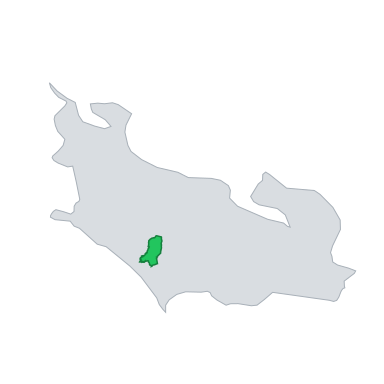 location of Guacimo, Limón, Costa Rica, rotated 168°
{"feature_id": "36466004B32500402146996", "entity_name": "Guacimo", "entity_type": "district", "adm_level": 2, "iso_a3": "CRI", "parent_name": "Costa Rica", "parent_adm1": "Limón", "projection": "orthographic", "projection_center": [-83.609, 10.204], "detail": "fine", "context": "in_parent", "style": "filled", "palette": "green", "viewbox_px": 384, "rotation_deg": 168, "n_neighbors": 0, "source": "geoboundaries", "source_scale": "gbopen_adm2", "svg_char_len": 5763}
<svg xmlns="http://www.w3.org/2000/svg" viewBox="0 0 384 384"><g transform="rotate(168 192 192)"><path d="M335.7,196.8L335.2,198.4L333.7,200.1L331.6,201.9L328.8,203.0L321.9,199.5L315.2,195.6L311.5,197.4L310.2,202.6L307.7,205.3L304.6,206.3L303.3,208.1L303.1,225.6L303.3,242.1L308.4,242.4L316.9,248.1L320.5,251.5L321.7,254.6L320.7,256.2L314.4,259.8L308.4,264.3L305.4,270.0L310.7,279.2L311.8,285.4L311.7,291.9L310.2,295.1L298.5,302.6L295.9,305.2L296.3,307.1L302.7,312.3L305.8,317.3L308.4,323.3L308.8,328.5L302.9,318.8L294.7,309.6L287.6,303.9L287.0,290.6L284.2,283.4L273.5,276.7L264.4,272.1L257.6,273.0L261.8,280.7L272.5,290.5L273.2,294.2L273.1,299.3L265.7,298.5L259.2,296.5L251.2,295.8L246.0,292.8L234.8,281.1L242.7,271.1L245.2,264.5L245.0,250.9L243.2,244.3L234.6,234.2L220.9,223.2L201.7,214.2L192.7,206.9L170.3,201.3L161.8,197.6L155.1,190.7L154.1,185.8L156.5,178.2L150.4,168.6L123.7,149.6L108.9,142.6L105.7,138.5L103.3,137.2L105.5,150.2L112.0,158.1L129.0,165.5L133.7,169.8L135.6,175.4L125.6,186.0L120.6,188.7L119.1,194.5L115.8,196.2L112.4,192.9L98.7,176.1L72.0,168.0L67.2,163.0L57.4,147.7L52.9,133.8L54.6,124.5L65.7,110.1L69.1,103.9L68.5,100.0L68.9,94.3L64.8,90.3L54.7,85.0L48.3,80.8L50.1,78.7L61.7,73.2L62.5,68.2L62.4,66.5L64.3,66.2L66.0,64.8L67.1,63.5L70.3,58.6L73.0,55.9L76.2,55.5L80.1,57.5L94.7,62.8L110.9,68.7L134.0,77.1L143.6,71.8L151.9,67.8L157.6,68.4L170.1,73.2L177.6,74.7L182.2,74.2L190.1,81.2L194.4,86.4L195.1,89.8L197.6,91.7L203.8,92.1L218.9,95.7L228.2,95.0L236.7,91.3L241.3,86.8L242.8,79.8L244.9,83.3L247.4,88.7L248.5,95.7L259.4,119.2L268.1,132.4L287.3,156.3L295.6,160.7L309.6,179.9L314.4,183.1L317.2,188.8L331.7,193.4L335.7,196.8Z" fill="#d9dde1" stroke="#a8b0b8" stroke-width="1"/><path d="M236.3,156.5L236.8,156.1L237.0,155.9L237.2,155.6L237.5,155.4L237.9,155.2L238.0,155.1L238.3,155.0L238.6,155.2L238.8,155.2L239.0,155.1L239.3,155.2L239.6,155.2L239.8,155.2L240.4,155.1L240.5,155.1L240.8,155.2L241.1,155.1L241.6,154.9L241.8,154.8L242.2,154.6L242.4,154.6L242.7,154.5L242.9,154.4L243.0,154.3L243.0,154.2L243.5,153.9L243.8,153.8L243.9,153.7L244.0,153.5L244.4,153.3L244.5,152.9L244.6,152.5L244.6,152.4L244.8,152.0L244.9,151.7L245.1,151.3L245.0,151.0L245.1,150.7L245.1,150.2L245.4,149.6L245.4,149.4L245.6,149.0L245.6,148.7L245.6,148.8L245.7,148.7L245.8,148.3L246.0,148.1L246.1,147.9L245.9,147.9L245.7,147.7L245.6,147.8L245.6,147.7L245.7,147.4L245.6,147.2L245.4,147.1L245.7,146.7L245.8,146.6L245.8,146.4L246.0,146.2L246.3,145.8L246.7,145.6L246.8,145.5L246.8,145.4L247.1,144.8L247.2,144.5L247.3,144.3L247.5,144.1L247.9,143.8L248.0,143.7L248.2,142.9L248.3,142.8L248.4,142.5L248.4,142.4L248.6,142.4L248.8,142.0L249.0,142.3L249.5,142.1L249.7,141.8L249.7,141.7L250.0,141.2L250.3,141.2L250.2,141.0L250.6,140.7L250.9,140.5L251.0,140.4L251.2,140.2L251.3,140.1L251.5,140.0L252.0,139.7L252.3,139.5L252.5,139.8L252.9,139.9L253.0,139.7L253.4,139.8L253.4,139.7L253.6,139.2L253.7,139.3L253.9,139.4L254.1,139.4L254.3,139.3L254.3,139.5L254.6,139.7L254.7,139.2L254.8,139.1L255.1,138.9L255.0,138.7L255.3,138.7L255.5,138.7L255.8,138.5L255.8,138.3L255.8,138.1L256.0,138.0L256.3,138.0L256.3,137.7L256.2,137.6L256.4,137.4L256.5,137.2L256.4,137.0L256.3,136.9L256.6,136.8L256.5,136.5L256.5,136.3L256.6,136.2L256.7,136.3L256.7,136.2L256.5,135.9L256.4,135.8L256.3,136.0L256.1,136.0L256.0,135.8L256.0,135.6L256.0,135.4L256.3,135.2L256.5,135.1L256.7,135.5L256.8,135.4L256.8,135.2L257.0,135.2L257.3,135.0L257.4,134.9L257.5,134.8L257.3,134.7L257.2,134.6L257.3,134.5L257.2,134.5L257.0,134.4L257.0,134.5L256.8,134.4L256.8,134.6L256.6,134.6L256.5,134.4L256.4,134.5L256.3,134.3L256.1,134.3L256.0,134.2L255.8,134.2L255.7,133.9L255.4,133.8L255.6,134.0L255.4,134.1L255.4,133.9L255.2,134.0L255.0,133.9L254.8,133.8L254.7,133.8L254.7,133.6L254.2,133.5L254.1,133.9L253.9,133.8L253.9,133.5L253.9,133.4L253.7,133.3L253.5,133.2L253.4,133.2L253.3,133.3L253.2,133.4L253.4,133.6L253.2,133.6L252.9,133.7L252.7,133.8L252.6,134.0L252.8,133.9L252.9,134.0L252.7,134.1L252.4,134.1L252.1,134.1L252.1,133.9L251.9,133.8L251.7,134.1L251.5,133.9L251.4,133.9L251.3,134.0L251.1,134.0L251.2,133.9L250.9,133.9L250.6,133.9L250.3,133.9L250.1,134.0L250.0,133.9L249.9,133.9L249.3,133.8L249.2,133.8L249.0,133.7L249.2,132.7L249.0,132.4L248.8,132.0L248.6,131.8L248.6,131.6L248.5,131.2L248.5,130.7L248.6,130.4L248.6,130.1L248.6,129.8L248.6,129.6L248.5,129.4L248.3,129.2L248.0,129.2L247.7,129.0L247.6,128.9L247.5,128.7L247.3,128.3L247.3,128.2L247.2,128.1L246.9,127.8L246.9,127.7L247.0,127.6L246.9,127.6L246.7,127.6L246.6,127.8L246.4,128.0L246.2,128.4L245.8,128.5L245.6,128.5L245.2,128.6L244.9,128.7L244.7,128.7L244.2,128.6L243.8,128.6L243.6,128.7L243.4,128.7L243.2,128.7L242.3,128.8L242.1,128.9L241.9,129.1L241.7,129.1L240.8,129.1L240.7,129.1L240.6,131.9L240.5,134.3L240.6,134.6L240.4,134.8L240.2,134.8L240.2,135.0L240.1,134.9L240.0,135.1L240.0,135.3L240.0,135.5L239.8,135.7L239.4,135.7L239.4,135.8L239.5,136.0L239.4,136.2L239.1,136.3L238.9,136.6L238.5,136.7L238.4,136.9L238.3,137.0L238.1,137.0L237.9,137.1L237.7,137.4L237.4,137.5L236.7,137.8L236.5,138.1L235.8,138.5L235.6,138.7L235.5,138.9L235.4,138.9L235.4,139.0L235.3,139.3L235.2,139.5L235.1,139.8L235.2,140.0L235.0,140.3L234.9,140.7L234.7,140.9L234.7,141.2L234.5,141.4L234.5,141.5L234.4,141.6L234.3,141.9L234.3,142.1L234.2,142.1L234.1,142.4L233.8,142.9L233.7,143.2L233.6,143.5L233.5,143.8L233.4,144.1L233.4,144.3L233.3,145.0L233.3,145.5L233.2,145.8L233.1,146.0L232.9,146.3L233.0,146.6L232.9,146.8L233.0,146.9L233.0,147.0L232.9,147.2L232.8,147.4L232.8,147.5L232.9,148.0L232.8,148.3L232.5,148.7L232.3,149.2L232.1,149.5L231.6,150.3L231.6,150.5L231.6,151.2L231.8,151.4L231.8,151.6L231.6,152.1L231.6,152.4L231.6,152.6L231.6,153.1L231.4,153.5L231.4,153.8L231.3,154.0L231.3,154.4L235.6,156.5L236.2,156.6L236.3,156.5Z" fill="#22c55e" stroke="#15803d" stroke-width="1.5"/></g></svg>